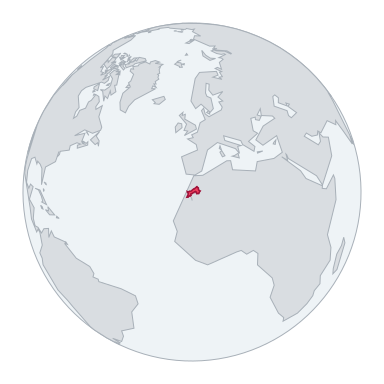 globe centered on Souss - Massa - Draâ, rotated 348°
{"feature_id": "MAR-1455", "entity_name": "Souss - Massa - Draâ", "entity_type": "Region", "adm_level": 1, "iso_a3": "MAR", "parent_name": "Morocco", "parent_adm1": "", "projection": "orthographic", "projection_center": [-8.042, 30.523], "detail": "medium", "context": "on_globe", "style": "filled", "palette": "rose", "viewbox_px": 384, "rotation_deg": 348, "n_neighbors": 0, "source": "natural_earth", "source_scale": "10m", "svg_char_len": 10852}
<svg xmlns="http://www.w3.org/2000/svg" viewBox="0 0 384 384"><g transform="rotate(348 192 192)"><circle cx="192" cy="192" r="169" fill="#eef3f6" stroke="#a8b0b8"/><path d="M148.9,28.6L146.3,29.4L147.1,29.4L153.4,27.6L155.6,27.2L159.9,26.3L162.0,26.2L157.8,27.7L159.0,27.8L163.4,26.6L168.3,26.1L161.6,27.8L169.4,27.2L163.8,30.7L144.4,37.0L143.2,40.4L128.2,51.4L131.5,50.9L127.9,55.4L130.3,56.7L126.8,58.8L131.8,58.1L134.5,56.0L137.6,55.0L139.3,55.7L135.1,58.4L133.7,58.4L133.3,59.6L130.5,60.7L132.9,60.5L127.7,64.0L135.3,61.7L133.2,65.5L129.0,67.5L126.3,65.7L110.0,67.6L105.0,69.9L100.7,74.5L99.1,85.9L94.8,89.4L91.4,95.3L95.1,93.8L99.2,88.8L105.3,87.9L109.5,82.4L112.6,81.4L118.2,76.7L120.7,79.2L120.1,84.4L115.6,88.6L115.2,91.2L122.2,88.9L116.5,99.0L117.2,109.9L115.4,112.6L106.9,113.9L100.0,108.9L88.9,112.5L99.5,112.3L94.6,119.7L95.2,122.0L97.5,123.1L100.6,121.2L99.7,124.4L88.9,125.3L89.6,122.4L93.0,122.0L89.7,119.9L82.5,121.4L80.6,125.5L71.6,124.8L70.1,127.8L67.3,129.7L70.3,124.7L64.8,133.9L53.9,137.1L46.3,153.6L50.1,137.8L49.3,133.3L47.5,129.8L46.1,132.3L45.6,125.3L42.0,126.0L35.8,136.7L32.2,148.1L33.2,154.3L35.7,150.7L37.7,153.8L31.5,165.2L34.3,174.6L31.3,184.7L31.5,192.4L34.0,194.5L36.3,200.8L39.5,197.1L44.1,197.8L42.5,206.7L46.3,200.8L47.9,207.3L58.0,214.7L56.8,216.1L65.0,232.7L76.5,243.6L79.1,251.4L77.5,254.5L82.1,257.8L82.2,260.3L102.7,272.0L115.1,281.8L116.0,290.2L108.1,296.8L106.9,313.2L94.3,313.2L95.0,318.8L92.1,323.6L84.0,318.6L90.4,324.6L89.3,325.0L85.1,322.3L88.0,324.9L85.1,322.8L89.5,326.3L89.7,326.5L78.3,317.0L67.8,306.6L64.5,302.5L51.4,279.0L47.8,272.1L40.5,260.0L31.2,232.2L31.7,225.6L30.5,219.9L34.5,212.8L34.8,199.8L33.7,196.3L31.8,198.8L29.4,185.0L30.4,173.8L32.3,138.6L34.5,131.9L37.7,124.7L54.5,94.3L39.7,119.1L43.2,112.1L49.0,102.1L49.4,101.5L58.3,88.9L63.6,82.2L76.6,68.8L91.3,57.9L87.4,61.1L91.4,58.5L96.6,54.5L99.0,52.6L119.8,41.7L138.1,33.3L140.7,31.6L142.7,31.6L145.3,29.6L145.6,29.5L148.9,28.6ZM43.7,158.5L47.1,174.1L42.9,170.5L44.1,170.0L43.8,164.8L42.3,158.1L39.3,155.7L43.7,158.5ZM50.2,153.4L49.4,151.4L50.5,152.7L50.2,153.4ZM99.8,51.9L96.4,54.5L90.9,58.5L93.4,56.3L99.8,51.9ZM110.6,45.3L109.6,46.2L105.2,48.3L107.1,47.1L110.6,45.3ZM142.0,30.8L138.9,31.9L141.2,31.0L142.0,30.8ZM160.1,26.3L160.3,26.1L162.5,25.8L160.1,26.3ZM116.5,75.7L117.3,76.2L115.8,76.8L116.5,75.7ZM118.1,73.3L115.8,73.7L116.2,72.6L117.6,72.4L118.1,73.3ZM167.6,25.4L171.0,25.0L166.8,25.6L167.6,25.4ZM120.8,73.2L117.3,70.7L118.1,68.9L124.1,66.7L120.8,73.2ZM172.5,25.0L180.9,24.6L182.0,24.2L183.5,25.7L175.9,25.2L170.6,25.9L173.2,25.3L172.5,25.0ZM134.6,55.0L131.8,57.3L132.6,54.8L134.6,55.0ZM134.4,53.7L132.4,48.3L137.4,45.5L137.0,47.8L142.2,44.0L145.6,45.3L143.6,47.7L139.6,49.1L143.9,48.6L134.4,53.7ZM183.0,26.8L184.4,27.1L182.1,27.1L183.0,26.8ZM138.9,54.5L138.0,53.5L142.3,51.0L144.8,52.5L142.6,52.8L138.9,54.5ZM141.9,42.6L145.5,41.2L149.3,41.8L151.2,41.4L146.2,45.1L141.9,42.6ZM142.5,53.7L145.9,53.4L145.4,55.3L140.0,55.3L142.5,53.7ZM142.3,49.7L144.5,48.7L144.1,49.8L142.3,49.7ZM145.7,62.3L144.6,60.9L146.7,59.4L145.7,62.3ZM147.2,53.2L147.4,52.6L148.1,51.9L150.2,52.2L147.2,53.2ZM149.2,45.4L150.0,46.1L151.4,43.9L154.3,44.5L150.4,47.0L153.3,46.2L154.2,46.4L150.0,48.2L149.2,45.4ZM154.5,50.5L150.5,54.3L152.1,57.1L150.3,58.4L148.0,53.7L154.5,50.5ZM152.2,49.0L153.2,50.2L150.4,51.1L148.0,50.8L152.2,49.0ZM157.6,44.1L154.2,42.5L155.2,42.1L157.6,44.1ZM155.5,51.1L156.4,50.2L155.9,51.2L155.5,51.1ZM157.6,46.0L156.3,45.4L157.4,44.9L157.6,46.0ZM159.4,49.0L158.1,50.2L156.4,49.9L159.4,49.0ZM159.0,47.5L160.9,46.9L156.6,49.2L158.2,47.3L159.0,47.5ZM158.9,45.6L159.1,45.1L159.3,45.9L158.9,45.6ZM166.4,49.4L161.4,52.3L157.8,51.7L163.1,48.9L166.4,49.4ZM212.4,24.3L202.1,23.6L209.0,24.0L209.5,24.2L213.2,24.6L217.9,25.1L217.2,24.9L235.1,28.9L250.5,33.5L247.4,32.4L258.5,36.7L269.3,41.7L279.7,47.6L289.6,54.1L299.1,61.3L308.1,69.2L316.4,77.7L324.2,86.8L331.3,96.3L337.7,106.4L343.3,116.9L348.3,127.7L345.7,122.7L348.6,131.7L354.4,154.5L358.1,168.9L358.8,178.4L352.7,164.0L347.3,152.0L346.7,156.1L339.0,150.3L330.4,160.9L327.7,158.4L326.5,162.3L320.8,162.4L316.1,158.1L313.4,160.8L325.4,172.1L328.2,169.2L328.5,160.5L331.5,165.4L336.8,166.7L336.2,185.7L321.1,212.3L317.2,202.0L293.1,179.2L292.4,175.3L292.2,175.0L291.8,174.4L292.1,181.0L287.1,176.2L302.6,193.8L306.3,202.5L320.9,213.1L320.1,215.5L324.1,216.8L333.9,204.7L334.5,208.5L331.3,229.4L315.6,261.9L316.4,275.0L312.9,287.4L300.1,300.5L298.1,308.3L291.1,313.9L288.6,318.5L281.2,325.1L270.0,332.4L254.2,337.3L255.6,333.9L251.4,328.5L246.5,311.2L253.0,300.3L252.6,292.7L240.9,276.9L243.7,265.8L239.9,261.9L232.6,264.2L228.0,259.4L223.3,259.9L192.2,266.5L181.3,259.6L164.8,236.8L169.4,227.5L167.7,216.4L197.1,176.5L206.1,177.9L232.5,168.7L236.3,169.4L236.3,178.7L258.5,184.6L262.1,175.8L279.2,176.2L288.6,171.9L286.5,154.5L271.1,161.0L265.3,154.3L275.3,142.3L288.3,137.1L286.5,134.4L275.7,131.6L276.1,124.7L271.7,130.2L275.4,132.2L272.7,135.9L269.1,134.4L269.4,131.9L264.8,132.2L264.6,144.8L268.4,148.2L257.8,154.3L263.0,160.6L261.1,165.1L251.4,156.1L250.4,151.9L234.6,143.6L234.8,148.4L249.7,156.8L246.2,156.8L246.5,164.1L243.5,158.6L227.2,148.9L215.9,154.1L205.9,173.5L198.4,176.0L190.0,173.3L189.1,155.4L206.1,152.1L206.0,146.4L198.7,139.2L204.5,139.1L203.6,136.0L209.7,134.6L214.4,125.9L220.0,124.0L218.2,114.4L220.8,112.4L221.1,118.4L224.3,121.9L237.7,117.8L239.2,115.2L237.0,109.5L241.0,109.4L237.1,104.5L243.0,100.1L232.5,101.6L229.6,95.8L231.2,90.1L228.4,88.6L225.8,98.0L226.5,101.5L230.0,104.0L230.2,114.9L226.4,117.8L219.1,108.0L212.9,111.2L209.9,102.8L218.7,81.7L224.2,76.6L241.0,79.1L241.8,83.1L236.2,84.0L244.7,88.1L242.4,85.3L245.7,85.5L243.8,80.5L246.0,80.4L240.3,76.0L242.8,75.4L246.4,78.1L245.7,70.9L250.0,68.7L248.7,67.2L246.2,66.2L253.3,64.4L252.1,63.4L249.3,63.5L245.0,61.7L240.2,58.0L242.9,57.6L245.0,58.9L253.5,61.2L258.7,65.1L259.3,64.6L255.5,61.2L245.1,58.2L241.5,56.2L246.3,57.0L244.3,56.5L243.3,55.4L244.9,54.0L239.6,53.0L225.3,42.8L227.0,39.7L232.9,41.2L225.8,35.2L228.2,33.1L225.6,33.1L220.5,30.9L219.7,31.5L218.0,31.3L204.4,27.1L203.3,26.1L194.5,25.2L193.2,25.4L193.5,25.9L183.5,25.7L182.0,24.2L185.1,23.9L182.1,23.6L189.6,23.2L194.4,23.1L204.4,23.5L205.7,23.6L212.4,24.3ZM190.4,197.0L190.4,200.4L190.4,197.0ZM304.6,140.0L310.8,136.1L303.7,128.2L305.5,126.3L302.4,124.5L303.1,127.7L295.0,122.6L296.1,117.8L293.1,114.2L290.9,115.4L290.2,125.1L301.9,132.2L302.3,137.3L304.6,140.0ZM58.3,214.8L59.3,217.4L57.6,216.3L58.3,214.8ZM41.2,173.5L42.5,175.4L42.7,177.7L41.6,176.8L41.2,173.5ZM54.6,187.6L56.6,190.2L54.0,189.0L54.6,187.6ZM47.9,176.3L52.9,185.9L48.0,184.7L45.0,178.8L47.8,180.7L47.9,176.3ZM47.3,157.7L47.8,159.4L46.9,160.7L47.3,157.7ZM51.0,154.4L50.6,154.1L50.8,152.3L51.0,154.4ZM95.3,119.6L96.1,119.7L97.8,121.3L96.0,121.7L95.3,119.6ZM111.8,122.6L110.0,127.8L110.0,124.2L107.1,125.5L103.5,119.9L114.3,113.6L110.0,117.3L111.8,122.6ZM101.7,111.3L102.8,115.2L101.2,111.3L101.7,111.3ZM192.8,121.6L196.1,123.1L195.6,127.0L188.5,130.6L189.1,125.0L192.8,121.6ZM200.8,124.5L195.5,114.5L199.7,112.2L198.3,115.1L201.6,114.6L200.1,119.2L209.3,127.4L209.4,131.4L196.3,135.2L200.5,131.5L197.0,130.1L200.8,124.5ZM174.7,96.8L172.4,93.5L184.4,92.6L185.1,95.9L178.1,99.4L173.2,97.7L174.7,96.8ZM132.3,70.4L130.6,69.9L131.8,69.1L134.1,68.7L132.3,70.4ZM145.0,61.8L140.6,71.7L138.5,71.6L138.4,78.1L132.9,80.4L133.1,76.1L128.8,83.0L126.8,80.0L124.5,84.9L125.6,74.9L123.6,72.8L127.9,74.2L133.1,72.0L134.7,70.4L137.8,64.6L136.1,59.6L140.9,57.0L144.8,56.5L145.9,57.3L142.4,58.6L146.5,58.8L142.3,61.4L145.0,61.8ZM187.3,58.2L182.7,58.5L190.1,61.1L186.0,62.9L187.1,63.1L185.3,65.6L185.1,69.2L182.8,69.7L183.7,70.9L182.5,72.8L183.0,74.7L179.0,76.3L179.3,78.9L177.2,78.3L178.7,82.3L175.8,80.1L174.0,82.6L177.8,83.4L155.1,89.9L147.8,95.0L143.3,100.7L138.9,96.8L140.2,89.2L144.9,81.0L152.6,76.9L149.2,76.1L151.9,74.0L153.4,75.5L152.6,72.0L155.2,70.7L159.4,64.7L156.6,60.9L158.0,58.8L160.4,59.7L160.2,57.1L165.7,57.4L166.9,56.0L173.5,55.1L177.4,58.0L178.4,56.2L183.5,55.8L187.3,58.2ZM168.3,49.3L174.0,51.8L174.5,54.2L162.8,54.7L161.0,55.9L153.5,56.8L152.9,53.5L155.1,53.5L157.1,52.7L156.5,54.1L158.5,52.5L161.6,52.5L163.9,51.4L165.1,52.4L168.3,49.3ZM238.8,165.3L241.4,165.1L245.1,163.7L245.3,168.5L238.8,165.3ZM227.6,158.8L229.7,157.8L231.8,163.4L229.1,163.9L227.6,158.8ZM229.0,152.6L229.6,157.3L227.7,155.0L229.0,152.6ZM222.8,117.3L224.9,116.0L225.8,117.2L225.5,119.5L222.8,117.3ZM208.4,68.0L205.7,67.4L205.9,66.6L201.6,63.4L204.4,62.1L208.0,63.4L208.4,68.0ZM284.9,158.4L283.3,162.7L281.4,161.8L282.3,160.5L284.9,158.4ZM264.2,166.3L269.8,166.6L264.2,167.6L264.2,166.3ZM210.7,66.0L208.6,64.8L211.2,64.9L210.7,66.0ZM206.1,61.0L208.9,60.7L204.2,61.6L206.1,61.0ZM331.0,273.5L317.7,297.9L312.8,301.3L314.2,296.4L320.7,282.8L327.1,275.4L331.0,267.8L331.0,273.5ZM358.4,169.8L359.9,176.0L360.0,179.3L358.4,169.8ZM231.0,55.5L233.9,61.1L237.8,64.9L242.8,66.3L236.9,67.0L231.0,61.2L231.0,55.5ZM225.7,44.3L221.3,43.5L222.3,42.6L223.5,42.6L225.7,44.3ZM223.7,44.7L220.0,46.2L216.9,45.0L220.5,44.0L223.7,44.7ZM215.5,55.4L216.2,57.1L214.0,56.9L215.5,55.4ZM185.6,26.7L184.5,27.0L184.2,26.6L185.6,26.7ZM217.7,31.7L215.4,31.5L215.2,30.8L217.7,31.7ZM209.0,30.7L210.8,31.5L207.7,30.8L209.0,30.7ZM215.2,33.6L211.0,32.0L216.6,33.4L215.2,33.6Z" fill="#d9dde1" stroke="#a8b0b8" stroke-width="1"/><path d="M200.3,192.7L200.1,192.9L199.3,193.5L199.1,193.8L198.7,194.5L198.4,194.9L198.2,195.0L198.0,194.9L197.9,194.6L197.2,194.7L196.4,194.8L196.0,193.8L196.0,193.7L196.2,193.4L195.9,193.3L195.8,193.2L195.8,192.9L195.7,192.8L195.9,192.5L195.7,192.3L195.5,192.1L195.4,192.1L195.0,192.2L195.0,192.3L194.9,192.4L194.6,192.4L194.4,192.4L194.2,192.4L194.1,192.5L193.8,193.0L193.5,192.9L193.3,192.9L193.1,192.9L192.7,193.2L192.3,193.2L192.2,193.2L192.1,193.5L191.9,193.6L191.7,193.5L191.3,193.5L191.2,193.7L190.8,193.7L190.6,193.6L190.4,193.8L190.4,194.0L190.3,194.8L190.4,195.2L190.2,195.3L189.9,195.1L189.6,195.2L189.3,195.2L189.2,195.5L189.1,195.4L188.5,195.5L188.2,195.5L187.9,195.7L187.7,195.6L187.4,195.8L187.3,196.0L187.2,195.9L187.0,196.0L186.9,196.0L186.7,196.2L186.4,196.1L186.1,196.0L185.9,196.0L186.1,195.7L186.3,195.6L186.8,194.9L186.8,194.7L187.5,194.0L187.7,193.5L187.9,193.1L188.0,192.5L188.0,192.3L187.9,192.2L187.8,191.9L187.7,191.9L187.5,191.7L187.4,191.6L187.5,191.1L187.5,190.7L187.6,190.8L187.8,191.1L188.2,190.9L188.7,190.9L189.0,191.0L189.5,191.0L190.0,190.7L190.2,190.9L190.6,190.9L191.2,190.9L191.7,190.7L192.0,190.8L192.1,190.7L192.4,190.3L192.5,190.2L193.8,189.6L194.2,189.3L194.3,189.4L194.7,189.5L194.9,189.5L195.1,189.4L195.3,189.3L195.4,189.1L196.0,188.8L197.0,188.3L197.5,188.0L197.6,187.8L198.0,187.7L198.1,187.8L198.1,188.2L197.8,188.5L198.0,188.7L198.5,188.7L198.6,188.8L199.0,189.1L199.1,189.3L199.1,189.6L198.9,190.2L198.9,190.5L198.8,190.8L198.8,191.0L199.0,191.2L199.0,191.3L199.2,191.5L199.1,191.8L199.2,192.0L200.3,192.7Z" fill="#f43f5e" stroke="#9f1239" stroke-width="1.5"/></g></svg>